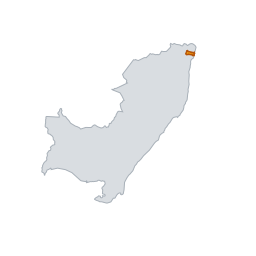 Jorge Basadre, Tacna, Peru (highlighted), rotated 244°
{"feature_id": "86281439B54708928525670", "entity_name": "Jorge Basadre", "entity_type": "district", "adm_level": 2, "iso_a3": "PER", "parent_name": "Peru", "parent_adm1": "Tacna", "projection": "robinson", "projection_center": [-70.838, -17.585], "detail": "fine", "context": "in_parent", "style": "filled", "palette": "amber", "viewbox_px": 256, "rotation_deg": 244, "n_neighbors": 0, "source": "geoboundaries", "source_scale": "gbopen_adm2", "svg_char_len": 4926}
<svg xmlns="http://www.w3.org/2000/svg" viewBox="0 0 256 256"><g transform="rotate(244 128 128)"><path d="M175.0,75.7L175.0,76.3L174.2,76.7L173.5,76.2L172.5,76.3L171.0,74.8L167.3,75.0L165.7,76.9L163.2,77.3L160.6,78.1L157.5,78.5L152.8,81.5L151.7,82.7L149.6,84.4L147.8,85.0L147.0,90.4L145.3,93.6L144.6,95.3L145.5,97.9L145.5,99.2L144.6,100.2L143.8,100.4L142.2,101.5L139.8,103.8L139.3,105.7L140.1,108.1L139.9,108.4L137.9,108.8L137.9,110.2L137.5,110.7L139.2,112.6L140.1,113.1L140.2,113.6L140.0,114.1L139.6,114.3L139.6,114.7L140.8,116.2L141.7,119.0L143.5,120.5L143.5,121.4L144.0,122.3L145.0,123.0L147.1,125.9L147.1,127.2L144.9,130.3L148.6,130.3L152.6,131.3L153.2,131.8L153.7,133.2L153.7,134.1L154.5,134.9L154.5,136.6L159.8,136.6L163.2,136.2L168.8,131.0L169.7,130.6L169.2,131.7L169.1,132.5L169.4,133.4L168.8,134.7L168.7,147.2L169.8,146.5L171.1,147.7L172.0,147.7L175.1,146.3L178.6,146.6L186.9,162.9L186.1,164.0L186.2,164.9L185.2,165.6L184.1,166.9L184.1,173.4L183.2,175.4L183.7,176.4L184.2,178.5L184.9,179.7L185.1,180.5L185.0,180.8L183.9,181.5L183.8,182.7L181.7,185.0L181.3,186.6L180.6,187.1L180.4,188.9L182.3,191.8L181.1,193.5L180.0,196.1L181.9,201.4L182.6,202.2L183.4,202.2L184.7,202.6L185.3,203.4L183.8,204.4L183.6,204.9L183.7,206.6L182.0,208.0L179.8,211.3L179.2,211.5L178.1,212.5L177.9,213.0L178.1,213.5L179.0,214.5L179.1,215.8L177.5,217.3L176.4,217.4L176.0,217.8L176.4,219.9L176.4,220.9L176.1,222.0L175.3,223.1L172.9,224.4L170.8,224.6L167.1,221.5L166.0,220.3L162.3,217.6L161.8,214.9L160.5,213.5L158.3,212.5L156.5,211.1L155.2,210.4L151.9,207.3L148.9,206.3L143.3,203.1L140.3,202.0L136.4,198.9L134.3,198.1L132.6,196.7L127.6,193.6L126.8,192.7L126.0,191.2L124.8,190.3L123.6,188.2L121.7,187.0L119.9,185.4L117.6,181.1L116.6,180.1L116.5,178.2L115.7,177.3L116.8,176.7L117.5,173.6L117.1,172.1L114.5,168.0L114.0,166.3L112.1,163.2L111.4,161.3L109.9,159.9L109.3,158.8L108.4,158.3L108.4,156.8L107.8,154.1L106.9,152.7L103.9,150.1L103.6,147.3L102.9,145.3L98.7,137.5L96.3,129.9L94.2,125.7L93.4,123.2L93.3,121.9L91.8,119.7L91.0,117.6L87.5,113.7L85.6,109.3L85.3,108.0L83.9,105.5L81.7,102.4L80.7,101.1L74.1,97.3L71.0,94.9L70.7,93.7L70.8,93.0L71.5,92.3L72.4,92.8L73.0,92.6L73.4,91.7L73.4,90.4L72.8,88.7L70.7,85.5L71.3,84.0L69.1,80.2L69.6,76.6L70.1,75.6L73.3,71.9L74.1,70.3L75.5,69.3L76.9,67.8L78.5,66.7L79.0,67.1L79.5,69.1L79.4,70.4L79.9,71.9L78.8,73.2L77.5,72.9L77.0,73.3L76.8,73.9L77.0,74.9L77.4,75.3L78.3,75.4L77.0,77.3L77.1,77.7L78.0,78.1L78.9,77.6L79.7,76.5L80.3,76.3L83.5,78.2L85.0,78.0L86.1,78.9L86.2,80.2L87.8,83.0L90.2,83.6L90.6,83.4L91.1,82.4L91.7,82.2L91.8,80.7L93.8,79.1L94.1,78.0L93.8,77.2L93.9,76.6L95.1,73.0L95.5,72.7L95.8,71.5L96.3,70.8L97.0,66.8L97.5,66.8L98.1,67.8L98.7,67.5L98.4,66.6L98.5,66.3L100.8,63.1L101.5,62.4L112.5,58.0L118.0,53.5L122.8,47.1L124.3,40.7L124.9,41.1L125.8,41.0L125.5,38.4L125.7,37.2L125.7,36.8L124.2,35.3L123.5,33.6L122.2,32.6L122.3,32.2L123.7,32.6L124.9,32.4L126.0,31.4L126.8,31.5L128.6,32.9L130.0,33.1L130.4,34.1L131.7,34.8L133.5,37.1L134.4,39.5L134.3,39.9L135.1,41.2L136.9,41.8L138.7,43.6L140.6,44.1L141.4,45.7L141.9,46.2L142.2,47.2L141.9,48.2L142.1,48.8L143.5,49.8L144.7,49.8L144.9,50.3L145.6,52.9L145.2,54.3L145.3,55.0L146.9,55.6L147.3,56.2L148.5,56.3L150.3,55.8L152.4,56.6L154.1,56.3L154.8,56.1L155.6,55.5L156.2,55.5L157.9,53.8L158.4,53.7L160.2,54.4L161.7,55.6L163.6,55.4L164.4,54.6L165.7,54.2L168.2,55.7L168.7,56.3L169.4,56.5L172.0,57.9L172.5,58.5L173.8,59.0L174.1,59.5L174.0,60.0L167.9,70.9L169.8,71.8L171.6,71.2L172.5,71.9L173.2,73.7L174.6,74.9L175.0,75.7Z" fill="#d9dde1" stroke="#a8b0b8" stroke-width="1"/><path d="M169.4,212.5L169.2,212.6L168.8,212.7L168.7,212.6L168.4,212.7L168.4,212.8L168.3,213.0L168.2,213.0L168.1,213.3L168.1,213.5L167.9,213.8L167.8,214.0L167.7,214.3L167.7,214.5L167.8,214.5L167.8,214.8L167.7,214.9L167.7,215.0L167.4,215.2L167.4,215.3L167.2,215.5L167.0,215.8L166.9,215.9L166.9,216.0L166.7,216.1L166.6,216.3L166.5,216.5L166.4,216.6L166.4,216.8L166.3,217.0L166.3,217.3L166.3,217.5L166.2,217.7L165.9,217.6L165.7,217.6L165.4,217.6L165.4,217.8L165.2,217.9L164.9,218.0L164.8,217.9L164.7,218.0L164.5,218.3L164.4,218.5L164.3,218.8L164.3,219.0L164.2,219.1L164.3,219.2L164.5,219.3L164.5,219.5L164.8,219.6L165.0,219.7L165.2,219.8L165.2,219.7L165.3,219.7L165.5,219.7L165.5,219.8L165.8,220.0L166.0,220.1L166.1,220.3L166.3,220.3L166.2,220.5L166.3,220.5L166.5,220.7L166.4,220.7L166.5,220.7L166.8,220.5L166.8,220.4L166.8,220.2L167.0,220.0L167.0,219.9L167.2,219.7L167.3,219.7L167.5,219.3L167.6,219.2L167.8,218.9L167.9,218.7L168.2,218.5L168.2,218.4L168.3,218.3L168.3,218.2L168.4,217.9L168.5,217.9L168.7,217.7L168.8,217.5L169.0,217.4L169.4,217.0L169.9,216.3L169.9,216.2L170.0,216.2L170.4,215.9L170.5,215.9L170.6,215.7L170.8,215.5L170.9,215.4L171.0,215.3L171.3,215.3L171.5,215.3L171.5,215.2L171.4,215.2L171.2,215.1L171.1,214.9L170.9,214.8L170.9,214.7L171.0,214.6L171.3,214.4L170.6,213.9L170.6,214.0L170.6,213.9L170.5,213.7L169.4,212.5Z" fill="#f59e0b" stroke="#b45309" stroke-width="1.5"/></g></svg>